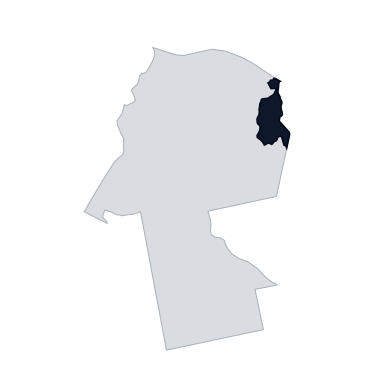 location of San Marcos within Guatemala, rotated 168°
{"feature_id": "GTM-1947", "entity_name": "San Marcos", "entity_type": "Department", "adm_level": 1, "iso_a3": "GTM", "parent_name": "Guatemala", "parent_adm1": "", "projection": "equal_earth", "projection_center": [-91.97, 14.971], "detail": "fine", "context": "in_parent", "style": "filled", "palette": "ink", "viewbox_px": 384, "rotation_deg": 168, "n_neighbors": 0, "source": "natural_earth", "source_scale": "10m", "svg_char_len": 3051}
<svg xmlns="http://www.w3.org/2000/svg" viewBox="0 0 384 384"><g transform="rotate(168 192 192)"><path d="M83.1,281.9L84.5,280.1L85.7,275.7L87.2,271.2L86.3,266.1L85.8,261.9L87.4,255.8L87.3,251.2L88.1,248.4L90.6,246.6L91.9,243.1L84.8,231.1L84.8,228.4L85.7,225.0L91.5,212.2L98.3,197.0L105.8,180.2L110.3,170.1L126.8,170.1L137.7,170.1L151.5,170.0L166.6,170.0L176.4,170.0L180.5,169.9L179.8,163.3L180.3,156.1L182.1,149.5L182.1,146.6L179.1,143.1L173.4,141.0L170.3,137.9L170.2,133.9L168.8,129.1L166.1,123.4L160.3,117.6L151.6,111.8L144.2,103.8L138.1,93.9L132.9,87.5L129.0,84.8L128.0,83.4L139.6,83.5L150.6,83.7L150.7,69.4L150.7,56.8L150.8,42.5L170.7,42.6L194.4,42.6L219.1,42.6L238.5,42.6L249.9,42.7L249.4,60.3L248.9,80.8L248.6,95.9L248.1,116.0L247.6,136.7L246.9,164.8L246.5,183.0L246.7,183.4L253.2,182.5L262.8,183.3L265.2,183.2L268.1,184.8L270.4,185.3L275.3,189.4L281.1,192.5L284.7,186.2L282.7,182.5L281.3,180.5L281.5,178.9L301.5,195.1L299.2,197.6L294.1,203.4L285.0,213.2L276.8,222.1L268.9,230.1L261.8,237.4L261.0,238.1L251.9,243.2L250.4,245.6L248.5,255.9L247.6,258.4L249.3,264.1L251.0,272.8L250.5,277.4L244.2,283.1L241.4,288.2L240.1,291.5L239.0,290.6L237.0,290.3L232.5,291.6L230.4,291.9L228.6,293.4L228.4,296.5L229.6,301.7L230.1,304.3L228.8,305.5L223.3,308.6L221.1,311.7L219.1,316.4L216.6,318.4L214.1,318.0L212.3,318.7L208.5,322.3L202.7,329.1L199.7,334.2L199.6,338.0L200.2,341.5L179.2,329.4L172.2,327.3L142.7,327.5L130.0,322.8L115.6,313.6L105.8,305.3L83.1,281.9Z" fill="#d9dde1" stroke="#a8b0b8" stroke-width="1"/><path d="M82.5,281.9L83.6,281.7L84.6,280.1L85.8,275.8L86.9,272.9L87.2,271.8L87.1,270.4L86.1,266.8L86.1,266.3L86.2,265.2L86.1,264.6L85.6,262.8L85.5,262.2L85.5,260.6L85.7,259.8L86.9,258.0L87.5,255.8L87.3,251.3L87.5,248.9L88.2,248.0L88.9,247.7L89.6,247.6L90.3,247.2L90.8,246.4L91.9,243.1L84.9,231.1L84.4,230.0L84.4,228.6L84.8,227.3L85.8,225.0L88.5,219.1L90.2,215.2L90.5,216.7L91.4,218.3L92.3,218.7L92.4,219.8L92.9,227.4L93.5,228.0L96.3,228.2L96.5,227.9L98.3,225.1L99.1,224.5L100.8,224.3L102.5,223.0L103.4,222.3L103.8,222.1L104.2,222.0L104.6,222.3L106.5,223.9L107.6,224.0L110.6,222.9L111.5,222.9L111.5,223.1L111.8,224.1L112.5,225.9L113.4,227.6L114.4,229.0L115.5,230.2L116.1,230.7L116.6,231.4L116.9,232.3L116.6,233.7L116.3,234.2L114.4,236.2L113.4,237.6L112.4,239.6L111.9,241.8L112.5,243.8L113.6,244.9L113.8,246.1L113.4,249.3L113.2,250.0L112.8,250.8L111.2,252.8L110.8,253.1L110.3,253.4L110.3,253.6L110.2,253.9L110.2,254.4L110.1,255.1L109.6,256.0L109.3,258.8L108.9,259.7L108.8,259.9L107.3,264.0L107.1,264.5L106.9,264.8L106.2,265.5L106.0,265.8L105.8,266.1L105.1,267.8L104.6,268.2L104.1,268.5L103.6,268.5L102.0,268.4L98.6,267.9L93.8,269.7L92.6,270.0L92.0,270.5L90.5,272.0L88.6,274.8L88.4,275.3L88.5,275.5L89.1,276.0L89.4,276.1L92.6,276.5L93.1,276.6L93.7,278.0L95.0,283.0L93.4,283.5L92.9,283.8L92.3,284.7L92.1,284.9L91.9,285.0L91.7,285.1L91.4,285.0L91.1,284.9L90.6,284.7L90.1,284.7L89.8,284.8L89.6,284.8L89.1,285.4L88.6,285.9L88.4,286.0L88.1,286.1L87.5,285.9L87.3,285.9L87.2,286.0L82.5,281.9Z" fill="#0f172a" stroke="#020617" stroke-width="1.5"/></g></svg>